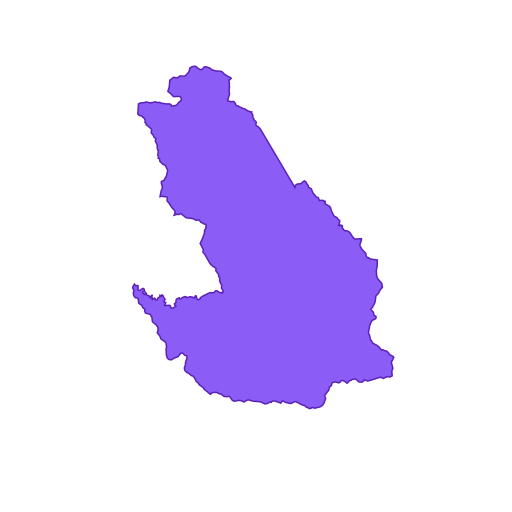 outline of Utcubamba, Amazonas, Peru, rotated 300°
{"feature_id": "86281439B73315101481334", "entity_name": "Utcubamba", "entity_type": "district", "adm_level": 2, "iso_a3": "PER", "parent_name": "Peru", "parent_adm1": "Amazonas", "projection": "robinson", "projection_center": [-78.316, -5.759], "detail": "fine", "context": "isolated", "style": "filled", "palette": "violet", "viewbox_px": 512, "rotation_deg": 300, "n_neighbors": 0, "source": "geoboundaries", "source_scale": "gbopen_adm2", "svg_char_len": 6146}
<svg xmlns="http://www.w3.org/2000/svg" viewBox="0 0 512 512"><g transform="rotate(300 256 256)"><path d="M170.8,164.7L167.4,164.8L166.3,165.5L165.3,167.7L163.7,167.8L161.9,168.7L160.5,170.0L159.5,172.4L160.3,173.7L160.0,175.3L156.4,178.2L156.1,181.9L154.6,183.9L154.3,186.3L152.6,187.2L151.3,188.8L152.5,193.3L152.3,194.4L151.5,195.1L150.9,196.5L147.6,198.9L147.1,199.8L146.5,203.8L145.2,206.6L143.2,208.1L140.0,209.0L138.7,212.5L136.6,215.3L136.3,219.8L135.6,221.6L132.4,224.0L130.0,224.9L125.4,227.9L123.2,230.3L122.8,232.3L123.7,234.6L126.4,236.1L130.0,238.9L134.5,239.5L135.2,241.6L134.4,243.8L134.8,246.2L134.2,246.8L127.7,248.5L126.9,249.2L123.5,249.8L121.9,250.9L121.0,252.3L120.5,254.8L120.8,256.7L120.1,259.6L120.5,261.5L119.7,263.6L117.4,267.2L117.1,269.6L116.2,270.8L115.6,276.0L114.7,277.8L113.4,285.7L115.3,286.3L117.0,287.8L118.1,290.0L118.4,293.5L119.0,294.9L118.4,298.3L119.3,300.7L121.0,302.9L121.0,303.8L119.2,307.5L119.3,309.7L122.3,313.2L123.3,315.6L123.6,318.6L126.5,320.2L127.6,321.3L128.7,325.8L132.0,332.9L132.3,337.5L134.2,339.9L136.0,340.6L136.9,342.4L138.1,342.5L139.1,343.4L139.9,345.3L141.0,351.0L143.4,351.3L144.0,352.0L144.0,354.8L145.2,358.9L146.1,360.4L148.9,362.0L149.8,363.4L150.1,370.6L150.8,373.1L150.3,375.2L150.8,379.2L152.9,380.4L153.6,383.0L157.3,386.9L160.0,388.3L162.7,388.4L167.3,387.6L168.7,385.9L170.0,385.2L176.0,386.1L179.3,385.2L181.4,386.1L183.9,385.4L184.7,385.6L186.7,387.8L187.5,391.1L188.9,392.0L190.0,391.8L191.4,392.9L191.8,395.5L191.3,398.3L192.1,398.9L194.3,399.2L195.9,400.5L197.1,401.0L199.1,403.4L199.2,404.6L198.4,408.1L199.6,410.7L201.6,411.8L202.9,411.6L203.6,415.4L213.3,424.4L213.7,427.7L215.7,428.7L217.5,430.6L218.1,432.4L220.0,433.8L221.6,433.2L222.2,432.2L223.4,431.9L224.3,431.1L227.2,430.7L231.1,426.8L233.0,426.1L234.2,426.4L237.3,425.9L237.6,423.7L237.4,420.9L238.5,418.9L239.0,416.6L238.3,414.6L238.2,412.5L237.3,411.6L238.7,408.3L239.1,405.6L238.9,400.8L241.1,396.7L244.1,394.0L245.6,391.8L252.8,389.2L257.3,388.7L258.5,388.9L261.0,390.7L262.3,391.0L263.7,390.1L263.7,387.8L266.0,385.8L266.8,382.8L267.5,382.0L269.7,382.5L274.6,382.3L276.3,381.9L281.4,379.8L284.9,380.7L288.9,380.5L292.0,381.2L295.1,378.7L297.3,372.5L299.2,370.4L303.6,367.4L307.7,366.1L313.2,363.0L311.3,358.4L310.5,355.8L310.9,354.3L310.2,353.4L311.1,351.3L313.1,349.9L314.8,344.3L316.8,340.9L317.7,340.3L322.7,339.3L323.7,338.6L320.3,333.4L320.2,332.3L320.8,330.3L323.4,325.3L323.3,321.9L322.4,320.9L322.3,319.7L323.7,316.3L324.0,316.0L324.8,316.1L325.4,315.5L325.2,314.1L324.0,313.2L323.8,312.1L325.1,312.5L325.6,311.8L327.3,311.5L328.5,310.8L329.1,308.0L329.8,306.9L329.6,304.5L329.8,303.1L332.7,298.8L335.3,296.2L335.8,294.6L335.8,290.2L336.3,289.0L337.4,289.0L338.0,288.6L337.5,287.4L337.8,286.8L337.3,286.2L337.4,285.5L335.8,283.3L337.7,280.6L337.2,279.0L339.0,273.9L341.8,270.3L341.8,267.2L343.1,266.0L343.7,264.3L345.1,262.4L345.2,260.2L341.1,258.7L338.9,255.7L337.1,254.8L334.8,255.4L368.4,195.8L369.1,193.0L368.9,191.7L369.1,190.8L370.4,189.7L371.7,189.6L372.4,188.7L372.8,186.3L373.7,185.6L374.6,183.7L376.3,182.9L377.1,181.8L377.3,180.9L378.7,180.3L377.8,178.5L378.0,177.5L377.5,177.0L377.8,172.4L377.1,170.7L377.3,168.9L376.8,167.7L377.1,165.8L376.5,164.4L376.8,162.5L377.8,161.9L378.7,159.7L378.4,158.8L377.2,157.5L377.1,156.4L376.4,155.0L376.4,153.7L376.9,153.3L377.9,153.5L380.9,152.5L382.5,152.4L385.8,150.0L389.4,148.4L389.9,147.8L392.3,146.6L394.5,144.6L396.0,145.4L397.5,145.6L397.8,144.6L397.5,142.1L397.7,137.7L398.6,134.2L398.2,132.8L395.8,127.9L395.9,127.1L395.3,125.5L395.6,121.6L394.9,118.1L393.9,116.7L391.6,116.3L389.7,115.2L389.5,112.6L390.1,109.2L389.4,107.5L387.9,105.9L385.8,104.7L382.3,105.8L378.0,105.1L376.0,104.2L373.9,100.1L371.0,98.9L369.5,95.2L365.2,93.5L358.8,96.4L354.6,97.3L354.4,97.7L354.0,100.9L353.0,103.9L352.9,105.1L355.8,109.6L356.0,111.2L355.5,112.0L354.4,113.0L353.2,113.3L350.1,112.2L347.4,111.9L346.5,111.4L343.6,108.1L344.5,106.9L344.7,105.5L342.7,101.9L341.2,98.1L340.8,95.6L339.4,93.5L339.3,91.9L335.8,88.1L334.4,83.6L333.3,83.0L330.6,79.1L328.9,78.2L319.8,82.7L319.4,84.5L320.0,86.5L320.0,88.0L319.5,88.6L319.3,90.7L317.7,92.5L316.2,93.0L316.1,94.1L314.9,95.2L313.6,102.2L310.2,103.7L309.3,106.4L307.8,108.5L307.6,110.5L305.2,111.3L302.5,115.3L300.8,115.9L298.6,117.9L298.1,118.9L294.2,120.5L293.1,122.0L291.9,122.2L291.9,123.8L289.8,125.6L288.8,130.1L289.2,130.9L289.1,132.2L286.0,136.7L280.7,138.4L275.7,138.5L273.1,136.8L271.2,138.0L270.1,139.4L268.1,140.9L264.9,141.3L259.4,143.2L260.4,144.2L262.6,149.3L262.3,150.0L259.7,151.1L258.9,152.1L258.8,153.1L255.9,158.8L254.7,162.7L253.8,163.8L252.4,164.4L250.4,164.7L252.9,167.1L253.1,168.1L253.6,168.7L255.2,169.6L254.2,176.4L256.8,182.6L257.0,186.4L258.8,188.7L257.7,191.1L257.8,195.1L258.3,196.9L257.7,197.6L256.1,198.0L255.0,198.7L252.4,198.6L250.1,199.9L244.4,200.9L238.9,201.4L235.3,207.1L232.7,208.2L231.9,210.7L226.4,220.1L225.7,222.5L225.2,227.7L223.1,228.6L221.4,232.6L220.3,233.7L219.8,233.7L218.9,235.4L216.2,237.0L215.9,237.9L215.2,238.1L213.6,240.9L210.9,242.1L209.6,244.7L207.8,245.6L207.0,245.4L207.3,244.5L206.1,243.0L206.4,240.4L206.1,238.9L205.5,238.3L203.8,238.0L202.4,237.1L202.3,236.1L200.8,234.1L195.3,230.3L191.9,228.6L190.9,229.0L189.5,228.2L189.0,226.8L191.4,224.3L191.5,223.7L190.6,223.3L189.4,223.8L188.7,223.5L188.7,221.8L187.7,219.1L185.4,217.2L185.7,215.7L185.3,214.7L183.2,213.0L181.3,212.4L180.8,211.4L181.5,210.6L181.2,210.2L178.7,208.6L175.3,209.9L173.8,209.2L172.9,210.0L172.7,211.5L172.3,211.8L168.8,209.6L168.7,207.8L169.8,207.2L170.2,206.1L167.5,201.6L170.6,201.1L170.3,199.5L170.6,199.0L173.1,198.9L173.9,196.9L175.5,194.8L175.1,193.9L173.9,194.2L173.9,192.5L172.7,193.2L170.8,192.1L168.2,192.2L167.8,191.2L168.8,189.7L168.7,189.1L166.4,188.0L166.5,187.6L167.6,187.5L168.5,186.2L170.0,185.9L169.7,185.3L168.6,185.1L167.5,185.8L167.0,185.5L168.0,183.2L167.5,181.1L168.9,179.5L168.4,178.7L167.2,179.1L166.8,178.4L167.5,176.0L168.1,175.9L169.0,176.4L169.3,177.8L171.4,175.6L171.6,174.8L171.2,174.1L168.3,172.7L167.6,171.8L167.8,170.2L169.0,170.1L171.3,168.7L171.1,167.9L170.2,167.0L170.8,164.7Z" fill="#8b5cf6" stroke="#5b21b6" stroke-width="1.5"/></g></svg>